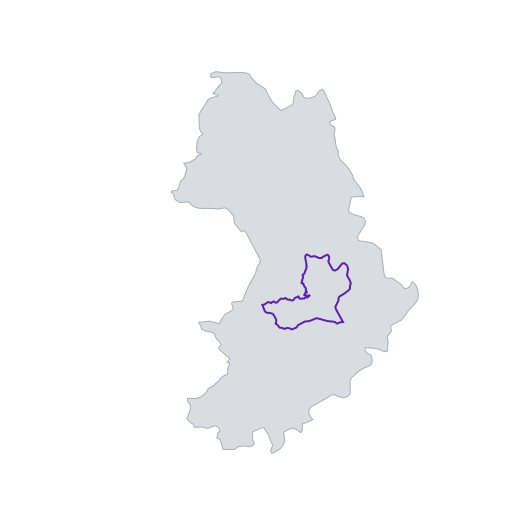 where Kouroussa sits in Guinea, rotated 62°
{"feature_id": "GIN-5647", "entity_name": "Kouroussa", "entity_type": "Prefecture", "adm_level": 1, "iso_a3": "GIN", "parent_name": "Guinea", "parent_adm1": "", "projection": "orthographic", "projection_center": [-10.311, 10.531], "detail": "fine", "context": "in_parent", "style": "outline", "palette": "violet", "viewbox_px": 512, "rotation_deg": 62, "n_neighbors": 0, "source": "natural_earth", "source_scale": "10m", "svg_char_len": 6963}
<svg xmlns="http://www.w3.org/2000/svg" viewBox="0 0 512 512"><g transform="rotate(62 256 256)"><path d="M308.9,329.8L305.0,329.3L303.3,330.1L298.3,336.0L295.2,338.3L290.5,337.6L288.8,338.0L287.5,337.4L289.3,334.1L291.7,327.6L297.9,321.0L298.1,319.7L295.5,315.9L292.9,310.6L292.9,305.1L292.3,301.0L286.9,299.9L285.9,299.2L285.7,297.8L288.8,290.9L289.1,289.5L288.7,288.2L285.3,284.6L280.0,278.0L271.0,264.5L267.7,261.6L264.4,257.5L263.2,254.8L259.9,253.9L228.3,253.9L227.7,257.5L216.9,259.8L210.2,257.0L202.8,258.5L199.1,260.3L196.3,268.2L194.7,269.9L193.1,273.4L191.6,275.3L189.9,279.2L186.4,284.8L182.6,288.3L176.3,290.2L174.3,296.0L172.8,298.2L170.3,299.9L167.7,301.0L162.6,299.8L159.7,300.8L159.2,299.4L160.9,294.7L159.6,292.3L154.6,287.5L154.2,285.1L152.7,282.1L146.2,275.9L140.1,276.2L141.9,271.0L141.9,264.1L139.8,260.3L140.4,256.5L139.3,256.7L137.2,259.4L134.0,258.5L127.4,254.3L124.1,250.3L123.7,246.9L123.0,245.6L121.0,246.3L116.8,246.1L104.2,240.0L95.4,224.7L95.3,221.3L96.7,215.4L96.4,213.8L92.2,217.7L91.4,215.1L88.4,208.9L87.5,205.4L84.5,203.8L82.1,203.5L80.2,204.6L77.6,211.7L75.8,211.6L73.9,210.1L74.4,204.8L79.3,198.2L87.7,181.6L90.7,177.8L92.5,176.5L96.4,176.4L103.9,174.3L113.1,169.2L120.1,169.7L128.4,169.1L139.3,165.7L139.6,154.4L139.2,151.9L135.4,149.6L133.2,147.7L131.3,145.2L129.0,143.4L129.1,141.5L133.9,139.2L138.3,139.2L139.8,138.3L140.9,136.7L142.2,132.7L142.7,128.4L139.9,122.7L140.1,118.6L155.9,119.3L164.6,120.6L171.7,120.9L172.8,121.9L171.8,125.8L172.7,128.2L175.1,128.8L179.1,126.1L181.2,126.7L185.6,130.2L189.7,131.1L194.2,133.0L198.4,134.1L202.2,134.0L205.0,135.9L210.3,136.6L217.2,134.2L222.6,133.1L230.1,132.9L234.0,133.7L245.5,131.8L254.6,132.9L253.2,134.3L249.0,143.3L249.5,144.9L258.6,152.5L260.8,153.1L263.3,152.0L267.3,148.5L270.4,144.7L273.4,142.9L276.9,143.0L279.7,145.7L286.2,157.0L287.9,158.4L289.5,158.4L292.3,156.3L293.8,153.8L299.9,146.4L309.2,142.7L331.6,151.2L334.8,151.8L336.8,151.2L339.5,146.1L347.9,141.8L351.9,140.6L354.2,140.4L355.1,139.1L355.5,137.0L355.1,134.9L352.5,131.1L352.4,129.9L353.9,129.2L357.0,128.6L361.2,129.0L365.9,130.6L369.7,133.0L371.8,135.8L376.1,147.7L380.8,157.1L380.7,169.6L382.8,170.8L385.1,171.3L386.2,172.3L388.5,177.5L390.6,179.0L393.2,179.3L398.1,182.6L401.2,183.9L401.6,184.9L401.5,186.2L400.3,188.0L395.7,191.5L393.4,194.4L388.7,201.5L388.5,202.9L389.5,203.8L391.5,204.0L393.6,203.5L398.0,200.9L401.4,201.8L404.8,203.7L406.0,205.8L406.3,208.5L405.6,211.9L405.5,215.8L406.6,222.4L408.4,229.0L410.2,231.4L421.3,237.2L422.4,239.4L422.9,241.8L422.2,245.2L421.0,247.1L415.0,252.3L414.1,254.8L414.6,259.3L415.1,278.7L417.6,282.0L420.4,283.6L427.1,282.7L426.9,288.0L426.1,294.1L430.0,295.9L432.0,297.7L433.1,299.4L426.9,302.7L425.2,304.6L424.4,309.6L424.6,314.3L432.9,317.5L436.1,321.4L437.6,325.4L438.1,333.0L437.4,334.8L435.2,334.8L431.0,330.2L424.6,329.8L419.8,328.9L411.8,329.6L410.5,331.0L409.6,341.1L411.5,342.8L415.3,344.7L417.8,345.5L419.9,345.3L421.5,346.5L421.9,349.8L420.8,352.3L418.7,354.6L416.1,360.4L416.7,365.8L412.2,374.4L411.0,376.1L405.0,374.4L401.1,373.9L398.3,376.1L394.4,372.8L393.7,370.2L392.3,369.6L389.6,369.6L387.2,371.1L386.2,373.8L385.7,379.3L381.3,384.5L378.3,391.0L374.7,390.4L374.0,391.2L370.2,392.9L366.9,393.4L366.1,391.7L364.2,390.3L362.1,387.5L359.7,385.3L355.1,383.8L353.3,384.5L351.1,384.3L349.7,383.4L349.9,382.1L352.3,378.7L353.6,375.6L354.4,372.2L354.3,369.0L353.1,364.4L351.0,360.8L350.5,358.7L350.7,355.7L350.2,353.0L349.6,351.5L348.6,346.3L347.4,345.3L346.7,341.1L346.9,336.8L345.1,335.1L342.3,334.0L340.6,332.3L339.6,330.4L338.6,329.8L337.8,330.0L337.0,331.1L336.1,331.4L334.4,327.3L333.7,327.2L332.6,328.1L319.7,332.6L318.1,328.8L315.6,328.1L311.3,329.7L308.9,329.8Z" fill="#d9dde1" stroke="#a8b0b8" stroke-width="1"/><path d="M325.1,270.4L323.2,268.8L321.8,268.2L321.4,268.1L318.7,268.0L316.2,268.1L315.4,268.3L314.9,268.5L314.7,268.6L313.9,269.3L312.6,270.8L311.6,272.5L311.1,273.1L310.8,273.3L310.4,273.6L309.5,274.0L308.9,274.1L308.5,274.1L302.2,273.3L302.6,272.1L302.7,270.9L302.7,270.1L302.3,267.7L302.3,267.2L302.4,266.8L302.5,266.6L302.7,266.4L302.9,266.3L303.3,266.0L303.8,265.5L304.0,265.3L304.5,265.1L304.7,264.9L304.7,264.7L304.5,264.3L304.4,264.1L304.3,263.7L304.4,262.0L304.5,261.6L304.7,261.3L305.0,261.2L305.7,261.1L305.9,261.0L306.1,260.9L306.8,259.8L306.9,259.4L306.9,259.0L306.9,258.8L306.6,258.3L306.4,257.8L306.2,257.4L306.1,257.2L305.9,256.2L305.9,255.9L305.4,254.9L305.3,254.3L305.3,254.0L305.4,253.8L305.5,253.6L305.7,253.3L306.1,252.9L306.4,252.6L306.6,252.1L306.7,251.7L306.8,251.2L306.8,250.1L306.9,249.7L307.0,249.5L307.3,249.5L307.8,249.5L308.0,249.5L308.3,249.3L308.5,249.2L308.8,248.8L308.9,248.6L309.1,248.5L309.7,248.1L310.7,246.4L310.9,246.2L311.4,246.0L311.7,245.7L312.0,245.3L312.4,244.5L312.5,244.1L312.5,243.7L312.4,243.5L312.2,243.1L312.0,242.9L311.8,242.4L311.5,241.6L311.4,241.4L311.4,241.0L311.3,240.5L311.6,239.0L311.6,238.6L311.5,238.2L311.5,237.7L311.8,237.4L312.8,237.6L313.4,237.7L313.8,237.6L314.1,237.5L314.4,237.0L316.0,233.7L316.2,233.2L316.0,232.8L315.8,232.6L315.7,232.2L315.7,231.7L315.8,231.4L316.1,231.1L316.3,230.7L316.7,230.1L316.8,229.7L316.7,229.5L316.6,229.3L316.5,229.1L316.4,228.8L316.2,227.5L316.0,227.3L315.6,227.6L315.6,228.4L315.5,229.3L315.2,229.6L314.0,230.5L313.7,230.7L313.5,230.8L313.5,231.2L313.4,231.5L313.0,231.7L312.8,231.5L312.5,230.5L312.3,230.2L311.2,229.3L311.2,228.8L311.8,228.3L311.1,228.0L309.8,228.1L309.0,227.9L308.5,227.5L308.2,227.2L307.8,227.1L305.9,227.5L305.5,227.6L304.6,227.5L303.1,227.4L302.6,227.2L302.5,227.6L302.3,228.0L301.9,228.2L301.4,228.3L301.0,228.4L300.4,227.6L300.1,227.5L299.6,227.2L297.3,224.7L297.0,224.4L296.7,224.2L296.3,224.1L295.2,224.0L294.7,223.8L294.6,223.6L294.4,223.3L294.3,223.0L294.4,222.5L294.4,222.1L294.3,221.7L293.9,221.3L293.3,220.5L292.1,219.4L291.9,219.2L291.3,218.0L291.1,217.7L290.9,217.5L289.6,216.9L289.4,216.7L288.9,216.1L288.7,215.9L288.4,215.9L287.7,215.8L287.4,215.7L287.2,215.6L286.8,215.3L280.2,213.2L279.6,212.7L279.1,212.3L278.8,211.8L278.6,211.4L278.5,210.9L278.6,210.4L278.9,210.0L280.2,209.1L280.8,208.7L281.3,208.5L281.9,208.4L282.2,208.1L282.5,207.6L283.0,206.5L283.3,205.1L283.5,204.7L283.7,204.4L284.4,203.6L284.5,203.5L285.0,203.3L285.3,203.1L285.6,202.9L285.9,202.4L286.4,202.0L286.8,201.7L287.1,201.6L287.4,201.3L287.7,200.7L288.5,199.0L288.6,198.5L288.2,197.9L288.2,194.2L288.5,192.1L290.8,191.7L293.4,193.1L294.2,194.4L295.7,194.8L300.3,194.8L304.3,194.6L305.9,193.2L305.9,190.0L303.1,183.5L303.8,181.4L307.0,180.1L310.8,180.8L315.9,184.8L321.3,184.6L324.8,185.2L326.4,187.0L329.0,188.4L329.7,190.3L330.6,195.4L331.0,201.6L332.2,203.1L334.2,204.2L335.9,206.7L338.2,209.9L340.7,210.4L355.2,210.2L354.2,212.3L353.9,213.9L353.8,216.1L351.2,217.4L349.5,219.7L347.0,223.5L341.6,229.1L339.3,231.8L338.5,239.5L336.8,243.6L336.8,251.4L338.1,253.7L337.7,258.7L335.7,260.2L334.0,262.4L333.8,265.1L332.0,266.4L330.3,268.8L326.7,269.4L325.1,270.4Z" fill="none" stroke="#5b21b6" stroke-width="2"/></g></svg>